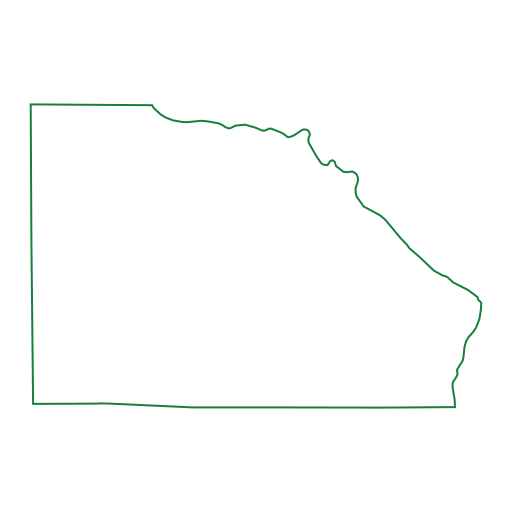 Pierce, Wisconsin, United States of America (Albers equal-area conic projection), rotated 180°
{"feature_id": "52423323B27488626523847", "entity_name": "Pierce", "entity_type": "district", "adm_level": 2, "iso_a3": "USA", "parent_name": "United States of America", "parent_adm1": "Wisconsin", "projection": "albers", "projection_center": [-92.581, 44.701], "detail": "fine", "context": "isolated", "style": "outline", "palette": "green", "viewbox_px": 512, "rotation_deg": 180, "n_neighbors": 0, "source": "geoboundaries", "source_scale": "gbopen_adm2", "svg_char_len": 1429}
<svg xmlns="http://www.w3.org/2000/svg" viewBox="0 0 512 512"><g transform="rotate(180 256 256)"><path d="M478.9,108.1L414.7,108.4L412.2,108.6L402.4,108.4L319.8,104.6L238.4,104.6L129.8,104.4L57.0,104.9L57.3,112.1L59.4,124.6L59.4,128.2L58.9,130.3L56.7,133.3L54.8,136.8L54.5,138.4L55.0,141.5L54.5,143.1L49.3,151.4L48.6,154.4L47.5,165.0L46.0,170.4L43.6,174.7L38.8,180.1L35.9,184.5L32.6,192.9L31.2,201.8L30.7,208.8L31.2,209.9L33.4,211.7L34.1,213.2L34.3,214.2L34.4,214.8L44.1,222.1L58.7,229.5L64.7,234.9L66.6,235.9L69.3,236.5L77.9,241.2L81.4,244.5L94.0,256.4L102.2,263.3L105.1,267.3L111.8,274.3L126.4,291.9L128.9,294.2L132.3,296.9L148.2,305.4L155.1,314.9L156.4,319.4L156.4,324.0L154.5,329.4L154.0,332.0L154.1,334.4L155.3,337.4L157.6,339.4L159.9,340.5L164.9,339.8L168.6,340.2L176.0,346.0L177.2,349.9L178.9,351.5L179.9,351.7L182.0,350.7L183.8,347.8L185.0,346.8L187.8,347.2L190.1,348.2L191.6,349.9L195.9,356.3L203.3,369.3L203.6,372.5L203.4,374.1L202.4,376.5L202.2,378.3L203.2,380.7L204.5,381.8L207.0,382.6L209.5,382.3L218.4,376.4L222.7,374.9L224.4,374.9L228.3,378.1L230.8,379.4L240.8,383.4L243.1,383.3L246.9,381.5L249.4,381.3L256.7,384.4L266.8,387.3L276.4,386.4L281.4,383.9L282.9,383.6L286.4,384.7L289.8,387.1L293.6,388.7L304.2,390.6L311.1,391.2L325.0,389.8L329.5,390.0L338.9,391.6L346.6,394.6L351.3,397.5L357.4,403.1L359.2,405.3L359.9,406.8L481.3,407.6L480.6,271.3L478.9,108.1Z" fill="none" stroke="#15803d" stroke-width="2"/></g></svg>